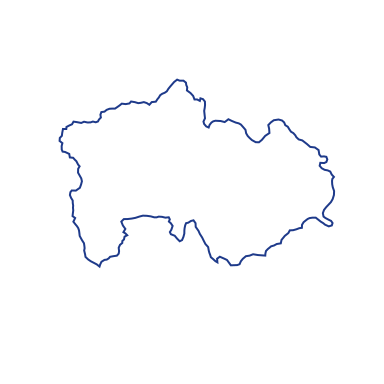 the district of Cajuru, São Paulo, Brazil, rotated 290°
{"feature_id": "56859067B13120232397844", "entity_name": "Cajuru", "entity_type": "district", "adm_level": 2, "iso_a3": "BRA", "parent_name": "Brazil", "parent_adm1": "São Paulo", "projection": "robinson", "projection_center": [-47.318, -21.282], "detail": "fine", "context": "isolated", "style": "outline", "palette": "blue", "viewbox_px": 384, "rotation_deg": 290, "n_neighbors": 0, "source": "geoboundaries", "source_scale": "gbopen_adm2", "svg_char_len": 3879}
<svg xmlns="http://www.w3.org/2000/svg" viewBox="0 0 384 384"><g transform="rotate(290 192 192)"><path d="M90.3,130.6L92.5,130.5L95.5,130.8L98.3,133.0L99.3,135.0L101.1,136.4L103.1,137.2L104.7,139.9L106.5,143.2L109.0,144.2L111.5,143.7L114.5,142.2L117.7,142.4L120.2,143.9L122.2,143.3L124.1,144.3L127.0,143.9L129.2,145.9L130.3,143.6L130.8,141.3L134.5,142.0L136.9,138.5L140.0,135.7L143.2,137.2L144.6,140.8L146.4,144.4L148.3,147.6L151.1,151.2L153.0,154.0L154.2,157.8L155.0,161.6L155.3,165.3L156.1,167.4L157.5,169.2L158.4,172.3L158.8,175.8L160.3,178.8L158.7,180.5L156.3,180.4L155.4,182.8L153.5,185.4L149.4,185.5L146.8,184.9L145.1,186.6L145.0,190.7L143.1,193.9L141.5,197.3L143.4,199.1L146.9,199.3L150.3,199.0L153.5,197.9L155.6,197.4L158.4,197.0L160.7,197.1L161.9,199.0L164.4,200.9L165.9,203.1L163.9,206.0L160.5,207.4L157.7,211.4L155.3,213.7L152.7,217.1L150.1,219.8L147.7,222.4L145.8,226.0L142.5,227.9L140.8,229.1L139.2,230.5L137.2,232.0L136.3,234.5L135.0,237.7L134.6,239.9L137.9,238.4L140.7,240.3L140.4,244.9L140.1,248.1L138.3,250.8L136.4,253.6L138.8,259.5L140.4,261.4L143.6,261.6L146.6,262.6L150.1,264.6L151.9,267.9L154.4,270.7L155.3,275.5L156.5,279.8L157.3,282.6L159.4,282.0L161.9,281.7L164.4,282.8L166.2,283.9L168.0,284.9L169.8,287.4L172.1,289.4L174.1,293.0L177.6,292.5L180.4,293.5L182.5,294.2L186.4,296.6L189.4,297.0L190.7,300.1L192.7,302.9L194.7,305.2L195.9,307.5L198.8,306.6L201.8,307.2L204.3,308.7L206.2,309.9L207.7,311.4L209.1,314.0L210.2,317.1L208.2,323.1L207.6,326.0L206.8,328.2L206.5,332.3L208.4,334.8L210.9,334.7L212.4,332.6L212.7,329.8L213.2,326.3L213.9,324.0L216.9,322.2L220.4,322.2L223.7,323.3L230.0,326.0L233.4,326.6L237.7,326.4L241.5,325.2L244.7,322.6L247.2,321.1L250.3,319.8L252.3,319.4L254.7,320.2L256.2,317.3L258.5,314.9L258.7,312.1L258.2,309.0L258.7,305.8L260.3,303.0L263.3,302.6L264.4,306.3L266.1,308.0L268.9,308.0L271.0,306.2L270.6,303.8L269.4,301.2L270.8,298.8L274.7,296.6L275.9,292.2L274.8,287.7L276.4,283.6L277.5,280.2L278.2,278.0L277.9,274.3L279.2,271.3L280.6,269.7L282.0,267.1L282.5,264.4L284.2,262.0L286.1,259.7L286.7,256.8L288.9,254.8L290.0,252.1L289.7,248.5L287.4,244.3L284.4,242.3L281.0,240.8L277.9,242.8L273.9,244.6L269.8,241.6L264.8,239.8L261.6,237.9L260.6,234.8L261.3,230.5L262.5,227.6L263.7,225.2L265.7,222.8L268.7,221.0L270.3,218.2L272.1,214.9L272.5,212.4L272.2,209.4L272.4,205.0L272.8,201.3L270.7,200.0L268.9,198.8L268.5,194.7L267.0,189.7L265.7,187.8L263.9,186.5L261.2,185.6L258.3,185.6L258.5,182.9L260.1,180.1L262.1,178.7L265.7,179.0L267.9,177.9L272.4,175.7L275.3,175.2L278.2,174.5L281.4,173.2L283.0,170.6L282.9,167.9L280.3,168.2L280.7,165.2L279.8,162.7L282.7,160.2L284.5,156.7L285.7,152.5L288.8,151.7L290.6,150.0L292.7,148.9L293.7,145.9L292.4,142.3L292.5,139.6L289.3,137.6L283.8,135.5L280.9,134.5L278.0,133.9L275.9,132.4L274.1,130.4L272.1,129.0L269.4,128.5L267.5,127.8L264.5,127.1L262.7,123.4L259.4,122.1L260.1,119.1L260.0,116.0L258.3,113.4L257.1,111.1L256.9,107.6L256.2,103.8L253.8,102.9L251.9,99.6L251.0,95.8L248.5,94.3L246.2,92.7L244.0,91.1L243.0,88.3L242.0,86.0L240.0,83.7L237.6,82.3L236.1,79.5L233.3,79.5L230.8,80.9L228.3,79.8L226.1,79.5L224.6,77.7L224.3,74.8L222.7,72.8L221.6,70.1L221.1,66.5L219.0,64.3L218.3,60.0L217.6,56.6L214.6,56.1L212.6,54.0L210.2,51.8L208.2,52.3L207.1,49.2L203.3,49.8L200.3,50.5L197.6,49.3L194.7,50.1L193.6,53.5L190.6,53.8L187.3,55.1L185.7,56.6L186.2,59.0L185.8,63.6L182.7,65.4L183.5,68.6L182.3,70.8L181.4,72.8L178.8,75.6L177.7,77.6L174.8,77.1L171.2,78.3L166.9,83.3L164.4,84.9L161.1,85.2L157.6,85.2L153.6,82.4L152.3,78.5L150.3,77.8L147.4,78.3L145.1,80.4L143.2,82.8L140.9,83.7L138.5,85.0L136.6,85.5L134.1,86.7L131.0,87.4L128.5,88.0L127.6,91.1L123.5,90.7L121.7,93.6L120.6,95.5L119.2,97.4L117.2,99.0L114.7,100.3L112.3,101.5L109.2,105.0L106.9,108.0L104.7,109.2L102.5,110.3L100.1,110.7L96.8,112.9L94.6,114.1L93.1,117.5L92.3,120.6L91.9,123.7L91.4,127.3L90.3,130.6Z" fill="none" stroke="#1e3a8a" stroke-width="2"/></g></svg>